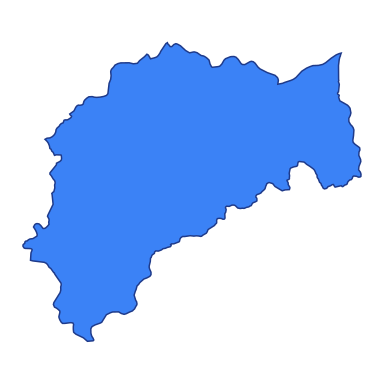 Melawi, Kalimantan Barat, Indonesia
{"feature_id": "22746128B3341090541732", "entity_name": "Melawi", "entity_type": "district", "adm_level": 2, "iso_a3": "IDN", "parent_name": "Indonesia", "parent_adm1": "Kalimantan Barat", "projection": "albers", "projection_center": [111.782, -0.735], "detail": "fine", "context": "isolated", "style": "filled", "palette": "blue", "viewbox_px": 384, "rotation_deg": 0, "n_neighbors": 0, "source": "geoboundaries", "source_scale": "gbopen_adm2", "svg_char_len": 5852}
<svg xmlns="http://www.w3.org/2000/svg" viewBox="0 0 384 384"><path d="M360.9,176.4L361.0,174.2L360.4,172.2L358.6,169.8L358.9,166.6L360.8,161.6L360.6,159.5L358.8,155.3L359.0,152.0L359.9,150.0L359.8,149.0L359.7,147.9L359.0,147.2L354.9,144.2L353.2,142.4L352.8,140.4L353.5,135.8L353.9,130.0L353.2,127.8L352.1,126.1L350.5,124.5L348.9,121.6L348.8,118.4L350.3,115.3L350.9,112.9L350.0,108.2L348.6,106.3L347.4,105.1L339.8,100.8L338.6,97.0L339.2,95.8L339.2,95.3L338.8,94.8L338.2,94.6L337.6,93.9L337.6,93.0L337.9,92.3L338.5,92.0L339.3,84.3L338.4,81.6L338.8,80.4L338.6,79.4L338.5,65.5L339.2,59.7L339.8,57.2L340.4,55.9L340.5,55.0L341.2,53.1L339.2,53.6L336.3,54.8L331.2,58.2L325.7,62.7L322.7,64.4L318.4,65.4L312.9,65.6L309.8,66.7L306.6,68.1L301.8,71.2L296.0,77.5L293.4,79.3L290.9,80.4L284.7,82.4L282.6,83.3L277.8,84.2L278.4,80.3L277.8,78.2L277.1,77.2L275.0,75.3L267.3,72.6L260.0,68.9L257.9,67.0L255.1,63.2L253.2,61.7L251.3,61.3L250.0,61.7L244.8,64.6L242.5,64.5L241.4,63.9L240.8,63.2L238.2,59.4L236.0,57.2L234.0,56.5L231.3,56.6L230.2,56.8L225.5,58.7L224.0,60.2L221.8,64.1L219.6,66.3L217.5,66.7L212.3,67.3L211.4,66.6L210.0,63.9L209.3,61.0L208.9,59.9L206.6,57.8L204.8,56.6L203.6,56.0L201.1,55.5L197.1,52.7L195.1,52.1L194.1,51.9L192.8,52.1L189.7,52.8L188.8,52.4L185.6,50.5L180.5,45.8L177.6,44.2L176.7,43.9L175.8,43.7L173.9,44.5L171.8,46.6L170.2,46.6L168.5,44.4L167.6,43.7L167.4,42.7L165.9,43.6L160.7,51.4L160.0,53.0L158.3,55.5L156.7,57.0L154.2,57.9L150.5,58.8L148.4,55.1L146.9,54.2L144.5,56.7L139.6,60.6L137.4,63.3L133.4,63.8L129.2,62.8L120.7,62.9L117.9,63.6L115.0,65.1L113.6,67.1L111.5,69.3L110.9,70.7L110.7,71.8L111.1,75.7L110.7,79.3L109.1,83.3L107.9,93.7L106.5,95.4L103.8,96.4L100.2,97.1L96.7,97.4L94.5,97.2L92.2,96.6L88.8,96.8L86.7,98.2L84.7,100.1L83.9,101.4L83.2,104.0L82.0,104.9L79.9,105.3L78.5,105.1L77.2,105.6L75.8,107.2L74.1,110.7L73.2,111.5L69.7,114.0L70.1,114.8L71.6,116.2L71.3,117.1L70.6,117.9L68.0,119.6L67.1,119.9L65.0,119.9L64.0,120.3L63.2,122.8L61.2,123.6L59.8,125.0L59.2,126.2L57.1,128.0L56.1,129.6L55.7,132.1L54.7,134.2L53.5,135.6L51.9,136.9L49.9,137.9L47.0,138.2L45.0,139.3L47.1,141.4L48.3,143.1L49.4,145.8L49.9,148.5L51.1,149.3L51.7,151.0L53.2,152.4L54.4,155.2L54.6,155.4L56.1,154.8L61.0,155.0L61.3,155.6L61.6,158.4L61.3,160.0L60.9,160.5L59.8,161.5L56.5,163.2L56.4,164.7L56.1,165.2L50.0,172.8L49.9,174.1L51.3,175.8L53.2,179.0L54.6,180.6L55.1,182.1L55.1,183.4L54.6,185.0L54.8,187.9L53.9,191.4L53.7,191.8L52.7,192.4L51.8,193.5L52.1,194.6L53.1,204.3L47.8,215.3L47.5,216.3L48.9,218.9L49.1,220.2L48.7,222.3L49.0,224.3L47.6,226.1L45.9,227.7L45.0,228.3L43.7,228.5L43.0,228.4L40.7,225.4L39.0,223.9L37.2,223.6L36.3,223.7L35.4,224.1L34.6,224.9L33.5,227.0L35.3,229.8L36.5,232.2L37.2,234.5L37.0,235.9L36.8,236.2L33.4,238.3L32.9,238.6L29.9,239.0L28.2,239.9L27.4,240.8L25.6,241.2L24.9,242.0L24.8,243.2L23.3,244.5L23.0,245.0L23.0,246.4L24.1,248.0L25.1,248.4L30.5,248.6L31.6,249.0L32.1,249.6L32.0,250.3L31.0,252.8L30.5,260.3L32.8,260.9L44.2,262.3L46.1,263.2L47.5,264.5L49.1,267.3L50.8,268.5L53.8,272.7L54.3,272.8L54.9,274.3L61.0,283.1L61.2,284.1L61.2,285.0L60.7,287.0L60.8,290.0L60.1,292.6L53.9,302.5L53.4,304.5L54.5,307.1L56.5,308.1L58.4,309.6L59.8,311.0L59.9,312.3L58.9,316.5L59.0,317.6L59.8,319.8L61.2,322.2L62.5,323.4L64.8,323.4L70.2,322.7L72.1,322.8L73.0,323.1L73.6,324.4L73.3,326.6L73.3,329.3L73.6,332.1L73.9,332.5L75.9,334.2L83.4,337.8L87.4,341.3L93.1,340.8L93.8,340.0L93.0,338.1L91.9,336.4L91.5,335.4L90.9,333.2L90.8,328.8L92.0,326.6L95.1,324.9L100.2,323.1L101.7,322.3L106.4,314.7L110.5,312.7L112.6,312.0L118.7,311.9L121.3,313.5L124.1,314.3L126.0,313.8L129.7,312.0L132.5,310.9L133.6,309.7L134.5,309.0L136.0,306.1L136.6,305.3L137.0,304.0L136.6,301.7L135.7,300.3L134.1,295.1L135.4,291.0L136.1,289.5L137.0,286.0L138.7,284.3L139.8,282.6L143.9,279.0L146.9,277.9L149.9,276.3L151.0,274.7L151.0,272.2L149.6,269.0L149.2,267.5L149.2,266.0L150.3,261.5L150.5,258.2L151.2,257.4L151.8,255.6L152.4,254.8L154.4,253.4L154.6,252.0L155.1,251.5L155.9,250.9L158.2,251.1L159.2,250.8L161.5,249.9L163.0,248.7L165.4,248.3L167.4,247.4L170.3,246.7L171.1,245.7L171.1,244.8L170.7,244.5L171.4,243.9L173.9,243.8L178.9,241.9L179.4,241.5L180.1,238.7L180.9,237.6L182.6,236.5L184.8,236.5L190.2,235.7L193.9,236.1L196.3,235.8L198.7,236.0L200.7,236.4L201.6,236.2L203.1,235.0L206.3,233.2L207.3,231.6L207.7,230.3L208.3,229.4L214.6,225.4L215.0,224.6L216.5,223.2L216.7,222.3L216.6,220.5L216.9,219.4L217.4,218.6L219.3,218.3L220.2,218.4L221.3,218.5L222.8,219.2L224.1,219.2L224.8,218.6L225.0,217.8L224.8,213.7L225.7,212.2L226.1,209.9L226.1,209.2L225.6,208.3L225.5,207.4L225.9,206.7L226.7,206.2L229.2,206.4L232.0,205.1L233.9,205.1L234.7,205.3L235.6,205.9L237.7,208.0L240.1,208.5L242.6,208.2L244.0,208.4L245.4,207.9L246.3,207.4L248.8,206.9L250.0,206.0L250.9,205.8L251.4,205.3L252.4,203.3L253.4,202.6L255.5,201.8L256.9,200.9L256.9,198.8L256.7,198.1L255.9,197.2L255.9,196.1L256.3,195.3L257.0,194.6L259.3,193.8L261.0,192.9L262.1,191.5L263.7,190.2L265.0,188.8L265.9,185.8L266.2,185.3L266.8,183.7L268.3,182.8L269.1,182.5L272.7,183.6L275.0,186.5L282.2,190.8L285.1,189.9L289.4,189.6L289.9,187.9L289.7,187.1L288.2,184.6L288.2,182.9L287.0,180.6L287.2,180.0L288.8,179.5L289.4,178.8L289.4,177.0L289.6,175.9L289.2,173.3L290.1,168.8L290.8,168.0L293.7,166.9L296.7,166.3L297.5,165.5L297.9,163.0L298.3,161.9L299.2,161.5L303.6,162.0L304.4,162.3L306.6,164.3L309.8,166.3L313.3,168.9L314.2,169.8L315.3,171.8L315.8,173.3L317.1,175.3L317.1,177.0L317.6,178.1L318.3,178.9L319.6,182.3L320.7,183.2L321.2,184.0L321.3,184.9L322.1,186.0L323.3,188.3L324.5,188.9L326.5,188.4L327.4,187.6L328.0,186.6L330.5,185.8L332.3,184.6L333.4,184.5L334.5,186.4L335.1,187.1L341.2,185.7L342.2,186.6L342.8,186.6L344.9,185.0L346.1,184.7L347.1,184.0L347.6,182.4L348.1,181.5L349.8,179.9L351.0,179.8L352.1,178.7L352.9,176.5L353.8,176.0L356.6,176.3L358.3,177.1L359.2,177.1L360.1,177.0L360.9,176.4Z" fill="#3b82f6" stroke="#1e3a8a" stroke-width="1.5"/></svg>